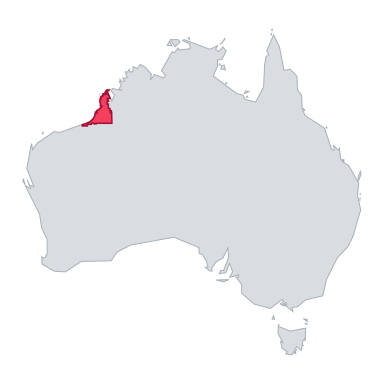 Broome, Western Australia, Australia (highlighted)
{"feature_id": "25037944B66848731281736", "entity_name": "Broome", "entity_type": "district", "adm_level": 2, "iso_a3": "AUS", "parent_name": "Australia", "parent_adm1": "Western Australia", "projection": "robinson", "projection_center": [122.495, -18.173], "detail": "fine", "context": "in_parent", "style": "filled", "palette": "rose", "viewbox_px": 384, "rotation_deg": 0, "n_neighbors": 0, "source": "geoboundaries", "source_scale": "gbopen_adm2", "svg_char_len": 7490}
<svg xmlns="http://www.w3.org/2000/svg" viewBox="0 0 384 384"><path d="M279.5,47.0L284.0,70.3L290.1,69.2L296.9,76.1L297.6,90.3L301.6,95.3L302.2,108.5L304.9,115.4L324.5,128.2L331.6,149.1L333.8,150.2L334.4,146.4L338.6,150.2L339.4,148.4L340.7,159.0L343.2,162.2L348.7,165.5L358.8,183.4L357.5,195.4L360.7,209.8L352.9,236.7L348.1,246.4L337.5,257.5L326.5,279.5L322.7,295.9L305.9,299.8L297.1,306.9L291.9,307.5L293.0,311.6L285.6,305.7L286.8,304.3L286.4,302.8L285.0,302.8L282.1,305.3L280.3,303.8L283.7,301.4L282.0,299.5L270.5,308.4L254.0,304.0L241.6,293.2L241.7,284.7L236.0,277.0L238.6,277.3L238.7,275.0L229.7,277.3L232.6,271.6L229.6,263.3L225.9,272.7L219.3,273.7L220.6,270.5L223.6,270.5L228.6,257.5L227.9,247.8L222.9,258.0L216.2,261.9L211.6,268.1L212.1,271.2L209.5,270.8L205.4,267.3L208.0,267.3L206.4,261.2L202.6,254.4L199.2,253.5L198.8,247.5L173.8,237.2L130.8,245.0L117.1,252.0L111.1,260.8L81.3,261.4L65.3,271.9L54.4,271.2L42.0,264.1L41.7,256.9L44.7,258.1L47.2,253.8L47.1,239.2L41.7,228.1L39.6,214.3L25.2,185.5L30.7,188.6L27.3,179.8L29.6,185.0L33.8,186.6L26.8,168.5L31.5,143.6L32.6,149.5L37.3,143.1L54.0,131.7L59.9,132.4L90.2,121.5L101.6,107.0L100.8,97.4L106.9,90.6L111.9,101.2L114.5,95.3L111.3,91.2L112.3,88.6L122.2,90.3L119.0,89.3L121.1,85.1L119.4,81.5L124.7,81.0L122.8,78.2L127.2,77.8L125.7,73.9L129.5,69.4L129.8,72.1L132.9,71.7L133.2,66.7L137.5,68.5L140.4,64.4L145.1,67.2L151.4,74.2L150.3,79.9L154.6,74.5L163.6,78.0L165.4,75.0L161.5,70.7L172.2,51.6L174.3,52.9L178.0,48.1L179.2,50.1L190.1,48.7L189.8,44.0L182.6,40.7L183.8,39.5L209.9,49.3L217.5,45.8L215.6,49.5L218.8,51.6L222.8,47.0L226.2,50.9L222.0,59.4L217.4,60.1L217.5,66.3L213.2,75.9L236.5,93.4L243.0,95.1L244.9,99.3L255.6,102.2L263.6,87.1L264.6,64.9L266.0,56.6L268.7,54.7L266.7,50.9L273.6,34.9L279.5,47.0ZM278.3,326.4L290.4,331.1L305.7,328.1L305.2,341.2L304.4,338.8L302.6,341.6L301.3,350.3L296.4,346.7L292.2,354.7L285.8,354.0L287.3,351.8L282.1,348.1L280.5,341.4L282.9,342.5L278.0,333.3L278.3,326.4ZM170.3,39.6L177.8,39.6L180.1,42.0L175.1,46.7L170.3,39.6ZM216.2,280.0L229.0,279.6L223.5,281.8L216.2,280.0ZM224.0,65.0L225.5,69.8L220.8,69.0L221.6,65.6L224.0,65.0ZM358.2,181.3L358.3,175.9L360.4,171.4L361.0,174.6L358.2,181.3ZM303.2,318.6L307.3,319.7L307.3,321.6L303.2,318.6ZM169.5,41.0L172.1,45.7L167.3,45.4L169.5,41.0ZM274.4,319.4L272.1,319.0L273.6,315.8L274.4,319.4ZM248.9,91.4L246.6,92.8L244.3,93.6L245.5,90.9L248.9,91.4ZM25.1,184.3L23.2,181.6L23.0,179.2L23.3,179.1L25.1,184.3ZM306.1,323.3L307.6,324.6L304.6,323.5L306.1,323.3ZM342.3,159.7L344.0,159.7L343.9,162.1L342.3,159.7ZM302.7,108.3L304.8,109.8L304.4,110.6L302.7,108.3ZM295.7,351.4L295.7,353.6L294.2,352.9L295.7,351.4ZM360.1,197.4L360.0,200.4L359.8,200.4L360.1,197.4ZM189.5,39.4L188.2,38.1L189.0,37.4L189.5,39.4ZM224.6,39.6L222.7,42.0L225.0,37.8L224.6,39.6ZM360.6,193.9L359.7,194.8L360.3,193.8L360.6,193.9ZM226.7,83.1L225.7,83.6L226.3,82.4L226.7,83.1ZM220.3,64.9L219.0,65.1L219.8,63.7L220.3,64.9ZM43.3,131.8L42.9,133.8L42.3,133.6L43.3,131.8ZM271.4,33.7L271.3,35.4L270.8,34.2L271.4,33.7ZM284.9,303.6L285.2,304.6L284.7,304.3L284.9,303.6ZM222.3,42.7L219.8,44.3L222.3,42.3L222.3,42.7ZM125.8,71.5L124.9,72.7L125.5,71.4L125.8,71.5ZM296.8,349.9L296.0,350.3L296.5,349.5L296.8,349.9ZM247.7,97.0L246.3,97.0L247.1,96.0L247.7,97.0ZM120.8,80.1L120.1,80.8L120.0,79.3L120.8,80.1ZM303.3,345.4L302.2,346.0L302.6,344.8L303.3,345.4ZM272.3,29.3L272.1,30.5L271.4,29.9L272.3,29.3ZM284.2,304.9L285.2,305.9L283.4,305.6L284.2,304.9ZM327.0,128.0L326.1,128.1L326.5,126.8L327.0,128.0ZM333.6,146.3L333.1,146.3L333.5,145.3L333.6,146.3ZM279.0,324.8L278.6,325.6L278.4,324.6L279.0,324.8Z" fill="#d9dde1" stroke="#a8b0b8" stroke-width="1"/><path d="M110.3,98.4L110.0,97.7L109.6,97.2L109.5,96.5L109.1,95.8L108.5,95.4L108.4,95.4L108.4,94.9L108.5,94.8L108.6,94.7L108.4,94.2L108.2,94.1L108.0,93.9L108.0,93.6L108.3,93.3L108.3,93.1L108.2,93.3L107.9,93.3L107.8,93.2L107.8,92.9L107.8,93.1L107.5,93.1L107.4,92.9L107.5,92.8L107.4,92.7L107.4,92.4L107.1,92.6L107.1,92.4L107.0,92.2L106.8,92.1L106.7,92.0L106.8,91.9L107.0,91.8L106.9,91.8L107.0,91.6L106.9,91.4L107.1,91.1L106.9,91.0L107.0,90.9L107.3,90.9L107.5,90.9L107.5,91.0L107.5,90.9L107.8,90.7L107.5,90.7L107.4,90.6L107.2,90.3L107.3,90.3L107.4,90.1L107.4,89.9L107.0,90.1L107.0,90.3L107.0,90.2L106.9,90.2L106.7,90.3L106.5,90.2L106.3,90.6L106.2,90.7L106.2,90.9L106.3,91.0L106.1,91.3L105.9,91.2L105.9,91.4L106.1,91.6L105.9,91.4L105.8,91.7L105.6,91.8L105.4,91.9L105.4,92.0L105.6,91.6L105.2,92.1L105.2,92.5L104.9,93.0L105.1,93.3L105.2,93.1L105.3,93.2L105.2,93.2L105.2,93.6L105.3,93.5L105.5,93.6L105.6,93.8L105.8,94.1L105.7,94.1L105.5,93.9L105.4,93.9L105.3,93.7L105.3,93.8L105.2,93.7L105.2,93.8L105.2,93.7L105.2,93.8L105.1,93.7L105.1,93.8L104.9,93.9L105.1,93.7L104.9,94.0L104.6,94.1L104.3,94.1L104.0,94.2L103.9,94.1L103.8,93.8L103.5,93.8L103.5,94.0L103.3,94.2L103.5,94.4L103.5,94.5L103.4,94.5L103.3,94.4L103.1,94.5L103.2,94.8L103.3,94.8L103.3,95.1L103.5,95.2L103.5,95.4L103.6,95.5L103.7,95.8L103.8,95.8L103.7,95.8L103.6,95.7L103.3,95.8L103.1,95.6L102.9,95.7L103.0,95.5L102.9,95.4L102.7,95.1L102.7,95.4L102.7,95.5L102.7,95.8L102.6,96.0L102.5,95.9L102.4,96.0L102.4,95.9L102.5,95.7L101.7,96.1L101.8,96.2L101.6,96.5L101.1,96.8L100.8,97.3L100.9,97.5L101.0,97.4L101.2,97.2L101.2,97.3L101.3,97.4L101.3,97.5L101.3,97.4L101.3,97.5L101.1,97.5L101.3,97.6L101.0,97.5L100.8,97.7L100.8,97.8L100.7,97.7L100.8,97.6L100.7,97.8L100.7,98.0L100.6,97.9L100.6,98.1L100.6,97.9L100.4,98.4L100.4,98.5L100.4,98.3L100.4,98.5L100.2,98.5L100.0,99.5L99.9,99.6L99.9,100.7L99.8,100.9L99.9,101.6L100.1,102.0L100.2,102.6L100.3,102.6L100.2,102.6L100.3,102.8L100.3,103.7L100.4,104.6L100.4,105.3L100.2,105.6L100.4,105.9L100.6,105.6L100.7,105.4L101.2,105.6L101.5,105.7L101.8,105.8L101.9,106.5L101.7,107.1L101.3,107.5L100.4,107.8L100.4,108.0L100.3,108.3L100.2,108.3L100.3,108.2L100.2,108.2L100.3,108.2L100.2,108.2L100.1,108.4L100.1,108.5L99.7,108.9L99.3,109.1L99.2,109.0L98.8,109.7L98.6,109.8L98.2,110.1L97.8,110.4L97.5,110.5L97.4,110.4L97.3,110.2L97.1,110.3L96.8,110.6L97.0,110.8L97.0,110.7L96.9,110.9L96.9,111.0L96.9,110.9L96.6,111.2L96.3,111.5L96.6,111.6L96.8,111.7L96.8,111.8L96.9,112.3L96.8,112.2L96.7,112.4L96.4,112.7L96.2,112.7L95.9,112.8L95.7,112.7L95.6,112.8L95.5,112.7L95.5,112.8L95.5,112.7L95.4,112.7L95.4,113.1L95.5,113.1L95.7,113.3L95.6,113.6L95.7,113.8L95.7,114.0L95.7,113.8L95.5,114.0L95.4,114.3L95.3,114.7L95.0,115.1L94.9,115.0L94.9,115.3L94.7,115.9L94.6,116.0L94.4,116.6L93.1,118.8L92.0,120.1L91.1,120.8L89.8,121.8L88.9,122.2L87.1,123.1L83.4,124.5L82.9,124.5L82.3,124.6L82.3,126.0L87.4,126.0L87.5,124.1L88.4,124.1L88.4,124.4L91.2,124.4L91.2,123.3L93.8,123.3L93.8,123.6L94.4,123.6L94.4,123.9L96.1,123.9L96.1,123.3L111.9,123.3L111.9,120.4L111.7,115.6L111.8,113.2L110.5,113.2L110.5,112.3L111.5,112.3L111.4,110.7L110.0,110.7L110.0,108.5L108.4,108.5L108.4,104.1L107.1,104.1L107.1,101.4L108.5,101.4L108.5,100.6L108.1,100.6L108.1,99.7L107.3,99.7L107.3,98.4L110.3,98.4ZM108.8,90.2L108.7,90.3L108.7,90.2L108.6,90.3L108.5,90.5L108.9,90.2L108.8,90.2ZM108.9,90.5L109.0,90.3L108.9,90.2L108.8,90.5L108.9,90.5ZM108.2,90.6L107.9,90.5L108.0,90.6L108.2,90.6ZM108.2,90.3L108.2,90.5L108.2,90.4L108.3,90.3L108.2,90.3L108.2,90.3ZM108.4,90.5L108.5,90.4L108.4,90.5ZM108.6,89.9L108.8,90.0L108.8,89.9L108.6,89.9L108.6,89.9ZM108.4,90.2L108.5,90.3L108.4,90.2ZM99.4,94.7L99.6,94.7L99.4,94.7ZM99.7,94.7L99.8,94.8L99.7,94.7L99.7,94.7ZM109.8,96.9L109.8,97.0L109.8,96.9ZM108.4,90.6L108.5,90.6L108.4,90.6L108.4,90.6ZM108.3,90.2L108.2,90.1L108.3,90.2ZM109.0,90.0L108.9,90.0L109.0,90.0Z" fill="#f43f5e" stroke="#9f1239" stroke-width="1.5"/></svg>